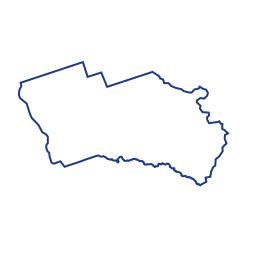 Kittitas, Washington, United States of America, rotated 162°
{"feature_id": "52423323B21025471162959", "entity_name": "Kittitas", "entity_type": "district", "adm_level": 2, "iso_a3": "USA", "parent_name": "United States of America", "parent_adm1": "Washington", "projection": "albers", "projection_center": [-120.862, 47.167], "detail": "fine", "context": "isolated", "style": "outline", "palette": "blue", "viewbox_px": 256, "rotation_deg": 162, "n_neighbors": 0, "source": "geoboundaries", "source_scale": "gbopen_adm2", "svg_char_len": 4775}
<svg xmlns="http://www.w3.org/2000/svg" viewBox="0 0 256 256"><g transform="rotate(162 128 128)"><path d="M44.6,142.1L47.0,145.1L48.5,143.7L52.9,144.1L56.6,142.0L59.5,143.2L63.6,145.9L65.1,148.3L70.5,151.6L74.1,154.8L75.6,158.1L79.7,159.5L79.7,163.4L82.2,165.3L82.2,167.3L87.4,173.8L135.1,173.6L136.3,189.0L150.6,189.1L150.5,204.6L157.9,204.6L216.1,204.2L216.4,201.0L219.7,197.5L221.5,193.2L221.5,189.9L216.8,182.5L216.9,171.8L216.5,167.4L212.2,158.5L210.8,150.4L208.2,147.7L206.9,144.7L208.9,138.4L210.6,137.4L211.8,134.9L211.9,131.4L210.7,128.6L211.4,124.8L211.5,119.5L211.0,118.1L209.5,117.0L202.6,117.2L200.3,110.7L195.7,110.8L191.5,110.8L186.4,110.8L182.8,110.9L178.3,111.1L166.1,111.2L164.6,111.0L164.0,110.5L163.7,109.9L163.2,109.5L161.8,108.9L160.8,108.7L160.0,108.8L159.0,107.5L157.8,106.5L157.4,105.4L156.5,104.7L155.9,104.3L154.6,103.4L154.1,103.1L153.8,103.1L153.4,103.4L152.6,103.0L152.4,102.1L151.7,101.5L150.9,101.2L149.4,100.8L148.7,99.2L148.3,98.4L147.9,98.4L147.3,99.0L147.5,100.1L147.7,101.0L147.4,101.6L146.8,101.8L145.5,102.6L144.6,103.0L143.7,103.0L142.9,102.5L142.9,101.6L142.7,100.4L141.9,99.1L141.7,98.0L140.9,97.6L139.7,97.3L138.5,97.4L137.2,96.5L136.2,96.6L135.8,96.9L135.7,96.8L135.4,96.9L135.1,96.9L134.9,96.9L134.7,96.7L133.9,96.6L133.6,96.7L133.2,96.9L132.9,96.9L132.7,96.9L132.3,96.9L132.2,96.7L131.9,96.6L131.3,96.7L130.9,96.3L130.6,96.2L130.3,95.8L130.1,95.4L129.9,95.3L129.7,95.3L129.5,95.5L129.4,95.5L129.2,95.4L129.1,95.1L128.9,94.9L128.6,94.6L128.3,94.4L128.1,94.2L128.0,93.8L127.8,93.5L127.7,93.4L127.4,93.2L127.0,92.8L126.8,92.7L126.6,92.7L126.1,92.8L125.9,92.7L125.7,92.5L125.6,92.3L125.2,92.3L125.0,92.2L124.8,92.2L124.5,92.0L124.4,91.8L124.4,91.7L124.2,91.4L124.2,91.2L124.1,90.8L124.0,90.6L123.8,90.2L123.7,90.1L123.7,89.8L123.8,89.6L123.7,89.4L123.7,89.1L123.8,88.9L123.8,88.7L123.5,88.5L123.2,88.2L123.0,87.8L122.7,87.7L122.2,87.8L121.9,87.7L121.7,87.6L121.3,87.7L120.6,87.5L120.3,87.3L120.1,87.1L119.4,87.0L118.9,86.8L118.4,86.7L117.9,86.6L117.6,86.6L117.1,86.7L116.7,86.4L116.5,85.9L116.4,85.7L116.1,85.5L115.8,85.3L115.6,84.7L115.6,84.2L115.2,83.8L115.0,83.5L114.9,83.3L114.9,83.2L114.7,82.8L114.6,82.6L114.4,82.6L114.1,82.9L113.8,83.0L113.3,83.1L113.1,83.0L113.0,82.9L112.6,82.9L112.4,82.8L112.2,82.7L111.7,82.5L111.5,82.4L111.4,82.4L111.2,82.6L110.8,83.1L110.5,83.3L110.4,83.5L110.4,83.9L110.3,84.0L110.2,84.2L109.9,84.4L109.7,84.5L109.3,84.3L109.1,84.2L108.9,84.1L108.6,83.9L108.3,83.7L108.1,83.4L107.8,83.1L107.7,83.1L107.4,83.0L107.2,83.1L107.0,83.3L106.9,83.4L106.8,83.6L106.7,83.7L106.5,83.8L106.3,83.9L106.1,83.8L105.7,83.5L105.5,83.1L105.3,83.0L105.0,82.8L104.6,82.5L104.3,82.0L103.9,81.7L103.7,81.9L103.1,81.9L102.6,81.8L102.4,81.8L102.1,82.0L101.8,82.1L101.3,81.6L101.1,81.6L100.8,81.4L100.6,81.3L100.5,81.2L100.4,81.1L100.3,80.9L100.0,80.7L99.9,80.5L99.9,80.4L99.9,80.2L99.9,79.9L99.9,79.5L100.0,79.3L100.0,79.1L99.9,79.0L99.9,78.8L100.0,78.3L100.1,78.1L100.1,77.9L99.8,77.8L99.7,77.7L99.3,77.4L99.2,77.1L99.1,76.8L99.1,76.6L99.1,76.4L99.0,76.1L98.8,76.0L98.7,76.0L97.9,75.9L97.6,75.8L97.1,75.7L96.7,75.6L96.5,75.4L96.6,74.9L96.6,74.7L96.9,74.3L96.9,74.1L97.2,73.8L97.2,73.6L96.9,73.3L96.7,73.0L96.5,72.9L96.4,72.9L96.2,72.8L96.1,72.7L96.0,72.3L95.8,72.3L95.7,72.1L95.8,71.9L95.7,71.6L95.3,71.5L95.1,71.2L94.9,71.1L94.6,70.9L94.4,70.8L94.1,70.8L93.8,70.6L93.6,70.5L93.4,70.5L93.3,70.4L93.1,70.3L93.0,70.2L92.9,70.1L92.4,69.5L92.4,69.3L92.3,69.2L92.1,68.9L91.8,68.5L91.8,68.3L91.7,68.2L91.4,67.9L91.4,67.7L91.5,67.4L91.7,67.2L91.8,66.8L91.8,66.7L91.7,66.5L91.6,66.2L91.3,65.9L91.2,65.8L91.2,65.6L91.2,65.4L90.6,65.3L90.4,65.2L90.1,65.1L89.8,65.0L89.6,64.9L89.1,64.9L88.9,64.9L88.6,64.8L88.4,64.7L87.9,64.5L87.8,64.3L87.8,64.2L87.7,63.8L87.7,63.6L87.2,63.3L87.1,63.2L86.6,62.8L86.2,62.6L86.0,62.4L85.7,62.5L85.3,62.5L85.2,62.6L85.0,62.4L84.6,62.1L84.4,62.0L84.3,61.9L84.1,61.7L83.8,61.2L83.6,61.2L83.5,60.9L83.5,60.7L83.4,60.6L83.1,60.4L82.9,60.1L82.6,59.9L82.4,59.8L82.3,59.7L82.1,59.6L81.8,59.7L81.7,59.6L81.6,59.2L81.5,58.9L81.5,58.7L81.4,58.5L81.3,58.2L81.1,57.9L80.9,57.6L80.7,57.4L80.4,57.0L80.3,56.9L80.1,56.4L80.0,56.2L80.1,55.9L80.3,55.6L80.3,55.4L80.2,55.1L80.0,54.8L79.9,54.7L79.9,54.3L79.7,54.1L79.7,53.5L79.7,53.4L79.4,53.1L79.3,52.9L79.1,52.7L78.8,52.6L78.6,52.6L78.3,52.7L78.1,52.6L77.8,52.3L77.7,52.2L77.7,52.3L77.6,52.2L77.5,51.9L77.4,51.6L77.2,51.4L70.1,52.6L69.6,56.8L64.7,56.2L62.5,60.7L59.1,64.5L56.6,65.3L54.3,71.1L50.0,72.8L45.1,76.7L44.3,80.2L41.2,82.0L39.2,82.7L39.3,88.2L37.9,91.4L34.5,92.0L37.0,96.4L38.7,98.0L37.0,102.7L38.4,103.3L39.0,106.1L40.9,106.0L49.4,107.6L50.1,111.3L49.6,113.7L47.0,114.9L46.5,117.7L52.2,120.0L53.6,124.3L52.2,126.7L54.6,131.3L53.9,133.0L50.0,134.1L46.4,132.5L42.9,134.1L41.1,136.7L41.8,140.2L44.6,142.1Z" fill="none" stroke="#1e3a8a" stroke-width="2"/></g></svg>